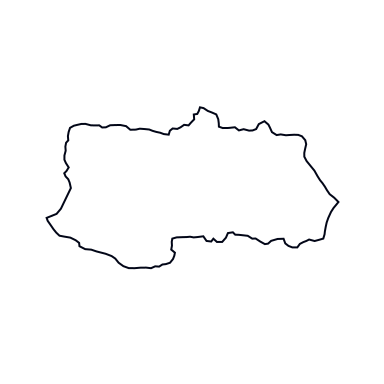 the district of Antônio Cardoso, Bahia, Brazil, rotated 298°
{"feature_id": "56859067B95961729837153", "entity_name": "Antônio Cardoso", "entity_type": "district", "adm_level": 2, "iso_a3": "BRA", "parent_name": "Brazil", "parent_adm1": "Bahia", "projection": "natural_earth1", "projection_center": [-39.143, -12.384], "detail": "fine", "context": "isolated", "style": "outline", "palette": "ink", "viewbox_px": 384, "rotation_deg": 298, "n_neighbors": 0, "source": "geoboundaries", "source_scale": "gbopen_adm2", "svg_char_len": 2280}
<svg xmlns="http://www.w3.org/2000/svg" viewBox="0 0 384 384"><g transform="rotate(298 192 192)"><path d="M288.5,222.7L283.3,219.1L277.7,219.1L274.8,216.6L273.0,213.6L271.7,208.1L268.4,204.5L269.3,199.5L265.7,194.2L262.9,189.1L262.3,185.1L265.2,183.4L268.6,181.0L271.9,177.0L271.5,171.9L271.0,167.9L271.5,162.8L270.5,159.3L266.7,160.0L263.4,160.0L261.3,157.2L257.2,159.8L252.7,158.5L249.2,157.7L247.6,153.5L243.7,151.5L240.8,149.4L239.0,145.1L235.7,143.7L231.7,144.5L229.9,139.9L229.4,136.1L228.3,132.3L227.5,128.5L227.1,124.9L225.5,121.0L223.4,116.2L220.7,113.1L218.0,108.3L219.2,102.9L217.5,97.2L214.9,92.5L212.5,88.4L208.7,85.6L206.8,82.4L207.3,78.8L205.4,75.4L203.4,71.4L202.1,65.9L200.1,62.3L197.5,59.3L195.1,56.6L191.4,54.2L187.1,54.9L183.1,56.2L179.5,58.5L176.4,57.7L172.6,58.9L169.1,61.1L164.4,62.2L160.6,64.2L158.4,67.0L155.8,71.6L151.5,71.3L148.6,70.4L146.4,73.1L145.2,76.7L142.9,79.5L138.6,83.2L115.7,84.1L109.1,82.7L100.9,75.8L98.8,78.1L96.6,82.4L94.1,87.2L92.4,91.2L91.2,95.5L92.6,100.0L94.6,106.0L94.8,111.9L94.1,116.2L91.3,118.1L91.4,124.5L93.8,130.1L94.7,135.6L95.6,139.3L96.9,144.7L97.7,151.1L97.2,155.5L95.1,160.4L94.3,166.2L95.1,171.9L97.8,177.1L100.9,181.9L103.7,187.0L105.5,191.6L109.1,194.4L110.7,198.0L114.1,199.9L116.0,202.7L119.2,205.8L123.9,206.7L127.4,206.3L130.4,205.4L131.4,200.7L135.2,199.5L138.5,197.5L141.6,196.5L144.7,199.7L147.6,204.7L149.7,208.4L151.6,211.3L152.7,214.8L154.8,218.0L158.2,222.8L155.6,227.8L157.3,232.2L160.8,232.8L159.6,237.5L162.1,242.1L167.6,243.4L172.6,243.0L175.6,247.0L174.6,250.2L176.2,253.5L178.0,258.0L179.5,261.8L179.1,267.1L180.8,270.0L180.3,275.4L180.2,280.8L182.1,283.4L186.0,284.8L190.7,289.6L193.7,294.8L190.4,298.5L189.7,302.5L190.2,306.6L192.5,311.0L196.8,311.6L200.0,313.8L202.4,315.9L205.0,317.7L206.3,323.3L209.4,326.6L212.5,329.8L216.9,328.9L219.7,327.8L224.1,326.4L228.4,325.2L233.1,324.5L239.7,324.1L244.5,324.5L247.8,325.2L251.9,326.0L253.7,320.3L254.7,314.6L256.9,310.4L259.0,307.0L261.1,303.0L262.5,299.6L264.9,295.4L268.3,290.1L270.7,284.4L273.1,278.7L275.9,274.6L279.2,272.8L282.9,271.7L287.8,270.4L290.9,267.7L292.8,262.9L292.3,259.0L290.5,255.3L287.9,251.0L286.2,248.3L284.5,243.3L282.0,240.0L282.4,234.5L285.5,230.5L287.4,227.8L288.5,222.7Z" fill="none" stroke="#020617" stroke-width="2"/></g></svg>